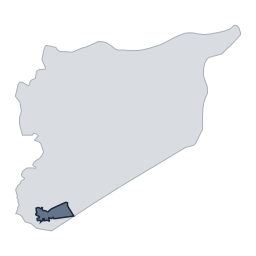 As-Sweida, As Suwayda', Syria shown in context
{"feature_id": "27442178B49241886307156", "entity_name": "As-Sweida", "entity_type": "district", "adm_level": 2, "iso_a3": "SYR", "parent_name": "Syria", "parent_adm1": "As Suwayda'", "projection": "robinson", "projection_center": [36.721, 32.771], "detail": "fine", "context": "in_parent", "style": "filled", "palette": "slate", "viewbox_px": 256, "rotation_deg": 0, "n_neighbors": 0, "source": "geoboundaries", "source_scale": "gbopen_adm2", "svg_char_len": 4843}
<svg xmlns="http://www.w3.org/2000/svg" viewBox="0 0 256 256"><path d="M19.8,82.1L22.4,82.3L27.9,85.6L28.8,85.5L30.4,81.2L32.0,79.8L35.4,78.5L36.4,71.6L38.0,70.2L39.9,69.5L42.8,69.4L45.3,69.0L45.5,67.8L41.9,59.8L42.3,57.8L44.0,49.7L45.1,46.6L46.1,45.5L50.1,46.0L55.8,47.4L57.3,49.7L60.0,51.7L64.2,51.6L69.0,52.0L72.7,52.1L75.7,50.7L82.4,48.0L85.7,47.1L88.7,45.9L98.5,41.5L102.4,41.8L105.0,42.4L107.1,43.1L111.7,46.1L115.5,49.2L118.2,50.1L122.9,50.0L129.9,50.6L138.3,50.5L143.3,49.7L149.6,48.2L160.8,44.6L175.6,37.0L184.2,33.4L188.0,32.9L192.8,32.9L197.8,33.9L203.3,34.5L205.9,34.5L211.9,33.7L219.6,32.2L224.5,31.0L230.3,28.9L234.0,25.5L235.1,25.1L236.7,25.8L237.4,26.0L238.9,27.9L240.6,32.9L240.6,33.5L240.4,34.9L236.6,39.0L231.5,44.6L227.8,48.1L221.6,54.0L216.8,55.3L208.9,57.4L206.8,59.5L204.9,62.8L203.8,67.4L203.5,70.3L203.4,75.6L205.3,81.2L207.2,86.5L207.5,90.0L207.4,93.5L205.7,97.2L203.9,102.2L202.9,108.0L202.5,118.7L202.6,127.9L202.5,129.4L199.3,135.9L195.5,143.5L193.7,145.3L185.3,147.5L176.1,153.1L165.8,159.3L156.5,164.9L146.6,170.8L136.4,177.0L129.1,181.3L119.4,187.2L110.5,192.8L101.4,198.5L94.5,202.8L84.1,209.7L78.0,213.7L69.0,219.5L61.0,224.7L51.6,230.9L39.8,229.0L36.1,228.0L33.0,225.1L30.8,223.5L25.2,221.9L21.7,216.4L19.5,214.5L15.8,213.6L17.4,210.1L17.7,207.7L19.3,204.9L18.3,203.1L17.8,199.1L17.1,198.1L16.9,197.1L17.4,195.8L17.2,194.5L16.6,194.0L16.3,192.0L15.8,190.6L16.0,188.8L16.9,187.6L17.7,185.4L18.7,184.8L20.3,183.4L20.7,181.9L22.1,180.5L24.0,179.3L24.5,178.4L24.2,177.9L22.3,176.8L21.3,175.0L22.2,172.3L22.8,171.5L23.9,170.2L26.5,168.2L28.5,167.9L30.2,167.9L33.1,168.0L35.3,168.4L35.9,167.9L35.8,167.2L33.1,165.6L32.9,164.3L33.6,163.0L35.6,160.8L37.9,159.2L39.1,158.9L41.8,155.7L43.5,152.1L40.8,143.4L39.1,142.0L36.3,140.8L34.7,140.6L34.6,140.0L36.8,137.8L38.3,135.9L36.6,134.0L33.6,133.2L32.4,135.1L28.6,135.2L22.5,135.2L19.9,126.0L19.5,122.0L19.6,117.4L21.5,110.6L20.6,107.5L20.5,105.4L20.1,102.5L15.4,96.3L18.0,84.9L19.8,82.1Z" fill="#d9dde1" stroke="#a8b0b8" stroke-width="1"/><path d="M65.5,202.4L65.3,202.5L64.2,203.0L63.5,203.3L62.8,203.6L61.9,204.0L61.2,204.4L60.4,204.7L59.7,205.1L58.8,205.4L58.0,205.8L57.2,206.2L56.2,206.6L55.5,207.0L53.9,207.7L53.1,208.1L52.3,208.4L51.6,208.8L51.3,209.1L51.2,209.1L50.2,209.8L49.8,210.1L49.6,210.3L48.8,211.0L48.6,211.4L48.2,211.6L47.6,211.8L47.3,211.7L46.8,211.4L46.4,211.2L45.4,210.8L45.1,210.7L44.4,210.6L44.2,210.6L43.8,210.6L43.7,210.6L43.2,210.6L43.1,210.4L42.9,210.3L42.7,210.3L42.3,209.8L42.3,209.6L42.3,209.4L42.3,209.1L42.3,208.8L42.3,208.5L42.3,208.3L42.4,207.9L42.4,207.7L42.1,207.6L41.8,207.5L41.7,207.5L41.5,208.1L41.4,208.2L41.4,208.4L41.4,208.5L41.3,208.9L41.2,208.9L40.9,208.7L40.6,208.6L40.3,208.4L40.2,208.3L40.0,208.2L39.4,207.8L38.6,207.6L38.1,207.5L37.9,207.6L37.5,207.7L37.1,207.9L36.7,208.0L36.2,208.0L36.1,208.3L36.1,208.5L36.2,208.9L36.2,209.1L36.2,209.3L36.2,209.6L36.2,209.8L36.3,210.2L36.3,210.3L36.3,210.5L36.4,211.1L36.5,211.4L36.6,211.6L36.7,211.8L36.8,212.4L36.8,213.1L36.6,213.1L36.2,213.2L36.2,213.4L36.1,213.6L36.1,213.8L35.8,214.3L35.7,214.5L35.9,214.8L36.1,214.9L36.4,215.2L36.6,215.2L36.8,215.2L36.9,215.4L37.0,215.4L37.0,215.5L37.5,215.7L37.8,215.8L38.1,216.0L38.5,216.1L39.0,216.5L39.3,216.7L39.3,217.1L39.3,217.4L39.1,217.7L38.9,217.9L38.2,218.0L37.9,218.1L37.1,218.5L37.1,218.9L37.2,219.6L37.2,219.8L37.4,220.2L37.5,220.5L37.8,220.5L38.4,220.6L39.2,220.5L39.3,220.5L39.6,220.5L39.8,220.5L40.2,220.4L40.7,220.6L41.0,221.0L40.8,221.8L40.9,221.7L41.3,221.5L41.6,221.3L41.8,221.1L42.3,220.8L42.6,220.7L42.9,220.4L43.0,220.3L43.0,219.8L42.9,219.4L42.8,219.2L42.8,218.9L43.6,218.8L44.2,218.5L44.3,218.7L44.3,219.2L44.3,219.5L44.2,220.1L44.1,220.4L44.1,220.7L44.6,220.7L45.2,220.6L45.8,220.5L46.0,220.4L46.4,220.3L46.6,220.3L47.0,220.4L47.3,220.4L47.6,220.4L47.8,220.4L48.5,220.7L49.0,221.1L49.3,220.6L49.4,220.4L49.3,220.1L49.2,219.7L49.0,219.0L48.8,218.8L48.7,218.6L48.7,218.3L48.8,218.0L48.8,217.7L49.2,217.7L49.4,217.8L49.7,217.9L50.2,218.1L50.7,218.4L51.2,218.6L51.6,218.5L51.7,218.4L52.2,218.0L52.5,217.5L52.9,217.5L53.2,217.4L53.3,217.5L53.5,217.6L53.6,217.9L53.6,218.6L54.0,218.6L54.4,218.6L54.5,218.6L55.3,218.6L56.3,218.5L57.1,218.4L57.9,218.3L58.8,218.1L59.7,218.0L60.5,217.9L61.1,217.8L61.5,217.8L61.8,217.7L62.3,217.6L63.2,217.5L64.2,217.4L64.5,217.3L65.1,217.2L65.9,217.1L66.0,217.1L66.9,217.0L67.9,216.9L68.6,216.8L68.8,216.7L69.8,216.6L70.8,216.4L71.9,216.3L72.9,216.1L73.4,216.1L73.6,216.1L73.8,216.0L73.6,215.8L73.4,215.4L73.1,214.9L72.5,213.9L72.3,213.7L72.1,213.3L71.9,213.0L71.5,212.3L70.9,211.3L70.4,210.6L70.1,210.1L69.6,209.2L69.0,208.3L68.6,207.6L68.3,207.1L67.9,206.5L67.7,206.0L67.6,205.6L67.6,205.3L67.5,205.0L67.5,204.8L67.5,204.1L67.5,203.8L67.5,203.6L67.5,203.2L67.5,202.8L67.2,202.6L66.8,202.5L66.4,202.4L66.2,202.4L65.7,202.4L65.5,202.4Z" fill="#64748b" stroke="#1e293b" stroke-width="1.5"/></svg>